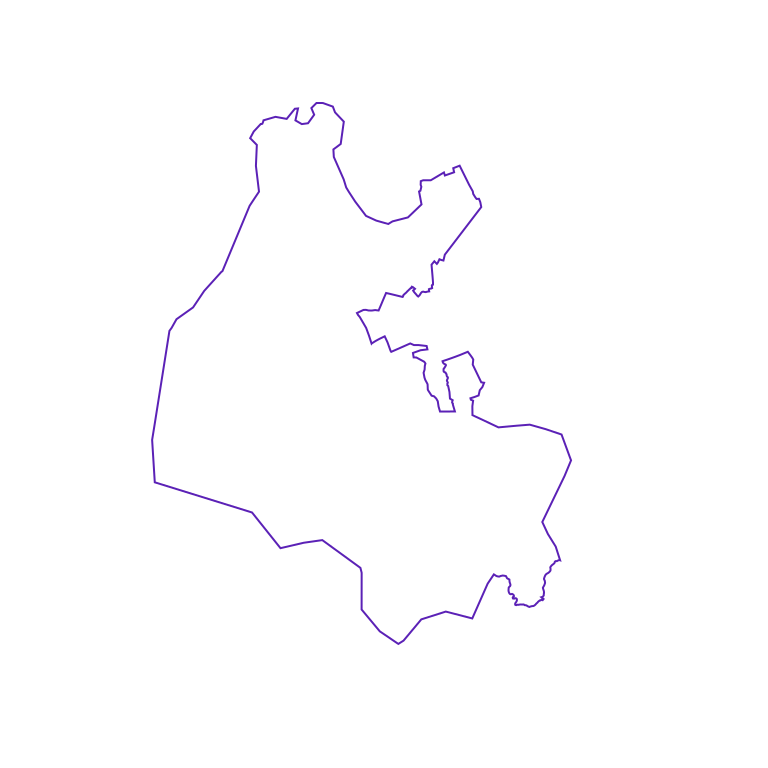 outline of Konduga, Borno, Nigeria, rotated 38°
{"feature_id": "59680162B88504568355174", "entity_name": "Konduga", "entity_type": "district", "adm_level": 2, "iso_a3": "NGA", "parent_name": "Nigeria", "parent_adm1": "Borno", "projection": "robinson", "projection_center": [13.263, 11.671], "detail": "fine", "context": "isolated", "style": "outline", "palette": "violet", "viewbox_px": 768, "rotation_deg": 38, "n_neighbors": 0, "source": "geoboundaries", "source_scale": "gbopen_adm2", "svg_char_len": 5373}
<svg xmlns="http://www.w3.org/2000/svg" viewBox="0 0 768 768"><g transform="rotate(38 384 384)"><path d="M403.5,577.1L418.5,558.5L431.5,545.0L478.6,543.4L482.6,546.5L505.2,575.5L533.0,581.5L555.3,580.0L557.4,574.2L558.3,546.5L572.8,525.3L597.9,514.4L588.6,477.5L587.8,466.4L590.9,466.1L592.5,465.4L593.6,464.6L594.0,463.6L594.7,462.8L595.4,461.9L596.5,461.2L597.3,460.8L598.4,460.3L599.3,460.7L600.3,461.2L601.1,461.3L602.1,461.0L603.2,460.9L604.0,461.8L605.0,462.8L606.4,463.7L607.4,464.5L607.8,465.6L607.6,466.8L607.6,467.6L608.3,468.7L609.1,469.9L610.0,470.8L610.9,471.4L611.8,471.8L612.6,471.9L613.4,471.6L614.1,470.6L614.9,470.4L616.1,470.5L617.0,471.1L617.1,471.8L616.8,472.5L617.0,473.2L617.7,473.6L618.7,473.0L619.3,472.0L620.0,471.6L621.1,471.7L621.9,472.6L622.3,473.7L622.4,474.8L622.4,475.5L622.5,476.1L622.9,476.8L623.5,477.2L624.3,476.9L624.9,475.9L625.8,475.3L626.6,474.4L627.5,473.5L628.6,472.8L629.3,472.1L629.9,471.7L630.9,471.7L632.0,471.0L632.9,470.7L633.8,470.7L634.7,470.5L635.8,470.2L636.4,469.2L637.4,467.9L638.4,467.0L638.9,465.9L639.2,464.5L639.2,463.3L639.5,461.9L639.5,460.7L640.0,458.6L640.5,458.3L640.8,457.2L641.2,457.0L641.6,456.9L642.1,456.7L642.1,455.2L639.3,455.1L640.0,454.1L640.1,452.4L639.3,451.2L638.8,450.3L638.7,450.3L638.3,449.6L637.5,448.8L636.5,448.1L635.6,447.5L634.7,446.8L634.4,445.4L634.3,444.3L633.9,443.0L633.4,441.6L632.4,440.6L631.6,439.9L630.6,439.5L630.0,439.0L629.6,438.0L629.3,437.1L629.0,436.0L628.8,434.8L628.9,433.9L629.3,432.7L629.8,431.6L630.0,430.5L630.1,429.0L629.9,428.3L629.4,427.6L629.0,427.1L628.0,426.2L627.8,425.6L627.8,424.8L627.8,424.0L627.9,423.3L628.1,422.4L628.4,421.4L628.5,420.7L628.5,419.8L628.1,419.1L628.1,418.4L628.3,417.9L629.3,417.1L629.8,415.9L630.5,414.8L631.3,414.5L619.4,406.4L605.5,401.3L593.7,395.3L582.9,345.3L578.4,329.0L576.9,328.1L555.0,314.5L539.3,320.0L523.9,326.3L514.1,335.3L500.9,347.7L480.1,352.4L472.9,354.1L467.3,347.1L464.5,342.3L462.1,342.9L460.9,342.0L463.2,338.7L465.6,334.8L463.3,329.9L463.4,325.9L463.1,324.8L462.1,321.4L459.6,322.8L442.0,314.1L439.3,309.8L437.4,309.0L434.7,308.2L430.2,307.0L426.0,314.4L423.5,318.5L421.3,322.0L418.6,326.2L417.2,328.3L416.1,330.0L417.2,330.8L418.0,331.0L418.9,331.1L420.5,330.7L420.9,330.8L421.3,331.2L421.5,332.4L421.7,334.0L421.7,334.3L421.7,334.6L421.6,334.9L421.6,335.2L421.9,335.7L422.0,335.8L422.2,336.2L422.4,336.5L423.0,337.0L423.3,337.4L423.8,337.5L424.6,337.3L424.9,337.2L425.0,337.2L425.3,337.1L425.6,337.1L426.1,337.6L427.0,337.7L427.5,338.0L427.8,338.4L428.1,338.7L428.4,338.9L428.8,339.2L429.2,339.4L429.8,339.3L430.2,339.5L430.6,339.8L430.9,340.7L431.0,341.3L431.1,341.7L431.1,341.8L431.3,342.2L431.4,342.5L431.5,342.6L431.7,342.8L432.2,343.0L433.0,343.4L433.3,343.6L433.5,343.7L433.6,344.1L433.7,344.7L434.0,345.1L434.8,346.0L435.7,346.0L440.5,350.0L444.7,354.6L445.0,354.9L448.1,354.5L448.4,355.5L448.7,355.9L448.9,356.5L449.6,356.9L450.3,357.0L450.6,357.4L450.9,357.8L456.8,362.0L445.1,371.2L440.9,368.2L437.0,364.5L434.1,363.3L431.0,362.9L428.7,363.9L422.9,361.9L422.0,361.5L418.7,357.6L418.0,357.1L413.9,355.3L411.9,354.0L411.8,353.9L408.3,350.8L407.1,347.6L405.0,344.6L404.0,342.3L402.0,341.7L393.1,343.2L391.0,344.8L387.7,341.7L392.0,334.9L396.9,330.0L394.2,327.8L387.5,331.9L383.6,334.9L379.7,335.9L369.9,354.2L368.7,353.8L361.1,349.0L355.2,346.0L352.9,350.7L351.9,352.9L350.8,355.5L349.3,359.7L349.3,359.8L342.5,355.2L335.4,350.8L323.6,346.1L321.1,345.6L319.0,344.7L322.2,338.3L324.1,336.7L326.5,335.6L329.1,333.7L331.5,331.2L334.5,329.4L333.0,323.7L331.8,319.3L330.7,315.2L329.6,311.0L333.0,309.4L337.4,307.4L344.3,304.3L344.7,304.1L345.1,303.9L345.1,303.5L345.0,303.2L344.9,302.8L344.7,302.6L344.6,302.1L344.6,301.9L344.6,301.5L344.7,301.0L344.8,300.9L344.8,300.7L344.8,300.3L345.0,299.3L345.2,298.5L345.3,297.5L345.3,296.9L345.4,296.1L345.5,295.7L345.6,294.9L345.7,293.9L345.8,293.5L345.9,292.8L346.0,292.0L346.1,291.2L346.1,290.6L346.7,290.9L347.0,289.9L348.3,289.9L349.8,289.9L349.7,291.0L349.4,292.4L349.8,292.6L350.7,292.9L352.0,293.2L353.1,293.4L354.3,293.6L354.6,293.7L355.1,293.8L355.4,293.9L356.1,294.0L357.1,294.0L357.4,292.2L357.1,289.4L357.3,288.0L358.0,287.1L359.0,286.7L360.3,285.9L361.4,284.4L362.6,283.2L361.6,282.3L361.0,281.6L361.9,280.2L362.5,279.6L362.9,278.8L361.1,277.0L361.0,276.6L361.0,276.2L361.1,275.8L361.4,275.5L360.1,273.8L356.9,270.3L348.0,260.7L348.1,256.3L351.7,256.8L351.7,255.1L351.3,253.4L350.9,251.6L352.6,251.1L354.8,250.1L352.3,244.6L351.8,195.7L351.7,184.7L347.9,181.4L344.8,179.6L343.0,181.2L340.8,180.6L337.3,179.3L335.3,177.5L328.4,174.6L309.2,165.4L305.7,171.3L308.9,174.0L303.6,182.2L301.0,180.4L295.4,194.7L289.4,199.4L288.1,201.5L290.3,204.5L292.0,205.6L293.7,209.3L293.1,210.7L303.0,219.4L300.3,238.0L290.6,250.6L288.8,255.3L277.3,260.0L266.3,262.6L261.1,261.2L249.0,258.0L237.9,254.2L233.2,252.4L226.3,247.6L204.7,236.0L199.7,230.3L202.1,221.5L190.8,202.0L178.2,200.1L172.9,196.9L162.9,200.2L157.8,204.1L156.9,211.3L163.2,214.8L163.6,225.3L159.2,229.8L151.9,230.8L146.6,219.8L144.3,222.0L144.1,235.0L134.0,240.3L126.7,250.4L127.3,251.7L127.9,253.8L127.5,254.5L126.8,255.0L125.9,265.2L127.2,272.7L136.6,273.9L148.8,291.0L167.1,309.4L167.8,318.9L168.4,326.3L187.2,394.5L186.8,395.9L185.0,421.3L186.4,441.2L180.6,460.7L182.1,470.7L182.2,474.2L228.0,556.8L235.7,570.8L263.9,602.6L359.1,566.5L403.5,577.1Z" fill="none" stroke="#5b21b6" stroke-width="2"/></g></svg>